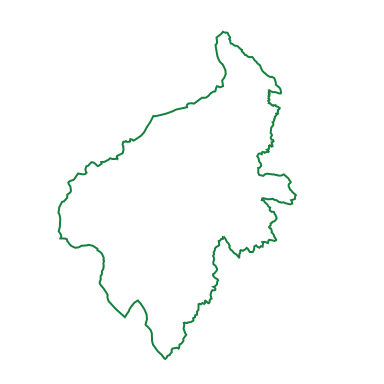 the district of Phonxay, Louangphrabang, Laos, rotated 313°
{"feature_id": "54806243B12835501655609", "entity_name": "Phonxay", "entity_type": "district", "adm_level": 2, "iso_a3": "LAO", "parent_name": "Laos", "parent_adm1": "Louangphrabang", "projection": "equal_earth", "projection_center": [102.787, 19.886], "detail": "fine", "context": "isolated", "style": "outline", "palette": "green", "viewbox_px": 384, "rotation_deg": 313, "n_neighbors": 0, "source": "geoboundaries", "source_scale": "gbopen_adm2", "svg_char_len": 6043}
<svg xmlns="http://www.w3.org/2000/svg" viewBox="0 0 384 384"><g transform="rotate(313 192 192)"><path d="M330.3,105.4L326.9,105.5L321.7,104.6L319.4,107.4L317.6,108.9L315.5,109.0L308.8,117.7L307.2,120.8L306.2,124.0L306.2,127.5L304.0,133.2L301.2,136.3L297.4,137.7L294.2,138.0L290.6,142.5L287.7,141.2L286.5,138.1L284.6,138.6L281.6,140.4L279.8,139.1L276.5,138.3L273.8,138.5L270.5,137.9L267.7,135.0L258.0,133.2L256.9,131.4L254.2,129.0L252.1,129.0L250.7,130.6L241.4,124.1L237.8,122.8L231.4,119.5L222.2,113.4L221.3,111.9L214.3,113.9L208.8,114.7L203.3,116.2L198.6,116.4L190.0,114.4L189.6,114.0L189.7,112.7L188.6,110.9L187.6,111.7L187.0,111.7L186.7,112.2L186.1,111.9L184.4,110.5L184.2,108.9L183.0,108.7L182.0,107.5L179.7,108.6L178.5,110.2L178.5,110.8L177.3,111.7L176.4,113.0L173.0,114.8L167.3,112.6L166.5,113.0L165.5,114.9L165.0,114.9L164.9,113.7L163.6,113.2L162.0,111.5L160.8,109.1L158.6,108.9L154.3,107.4L152.0,105.2L151.0,106.6L147.3,105.8L146.6,105.2L146.7,102.0L146.3,99.7L145.2,98.1L140.2,98.1L138.8,97.2L136.1,98.4L134.8,100.1L134.2,101.7L132.2,101.7L130.6,100.3L127.7,96.0L121.3,97.1L119.8,97.0L116.9,95.3L114.6,95.0L113.7,96.5L113.1,99.2L110.7,102.3L109.5,103.1L107.9,103.2L105.0,102.6L102.6,104.7L97.9,104.7L96.1,103.7L90.4,105.3L85.6,108.6L85.5,109.9L82.7,113.8L76.4,119.1L72.4,121.3L71.3,125.6L70.4,126.6L68.3,127.4L71.3,130.8L72.1,132.6L70.8,134.7L71.0,135.3L70.4,137.4L70.3,140.8L71.5,144.5L74.1,146.8L77.4,147.9L81.2,151.5L82.8,152.3L85.0,156.1L86.0,161.6L84.9,162.5L85.5,165.5L85.5,168.1L83.7,172.3L81.8,173.8L81.8,174.4L81.0,175.1L80.0,175.4L79.0,176.3L77.2,178.4L76.5,178.5L75.4,179.6L73.1,180.0L71.8,180.8L71.6,181.4L69.7,182.4L68.4,182.4L66.9,183.6L65.9,184.9L63.8,185.6L62.4,186.6L61.8,187.9L61.1,193.4L59.3,200.4L57.2,202.0L55.3,205.3L54.4,216.4L54.7,228.2L61.7,227.1L63.9,226.2L66.8,225.7L71.6,225.3L75.7,226.4L75.3,230.8L74.5,234.3L73.7,237.2L71.6,242.1L68.2,245.9L63.4,248.4L63.1,249.4L63.3,251.3L62.8,256.0L61.4,258.8L55.7,264.5L53.7,267.8L52.2,275.6L52.2,280.9L51.4,285.3L51.6,286.3L53.8,286.4L55.4,285.8L57.7,286.9L58.6,286.5L61.2,286.4L61.9,285.3L63.0,284.6L64.3,284.6L68.0,287.3L68.3,289.0L69.2,288.9L72.0,286.9L74.0,287.6L77.1,287.4L78.8,285.7L83.6,285.2L84.2,283.1L86.3,279.0L89.3,277.2L90.7,275.3L91.5,275.8L92.8,277.9L94.2,278.2L95.8,279.7L98.6,280.7L99.3,280.5L100.4,278.9L102.4,279.6L103.9,278.4L105.7,279.3L108.1,277.2L110.2,277.1L114.4,273.3L115.3,273.7L115.8,275.0L117.9,275.4L118.3,276.9L118.8,277.4L119.7,277.2L121.0,275.8L121.7,275.9L121.8,279.7L122.2,280.2L123.3,280.1L124.8,278.8L125.6,278.9L126.8,278.4L127.4,278.9L129.2,275.9L132.4,274.1L134.0,273.8L135.5,275.6L136.1,275.8L137.0,275.4L137.4,274.6L137.5,273.2L137.3,272.4L138.5,273.1L141.4,273.3L143.6,271.6L145.3,271.3L145.6,269.8L145.0,268.1L144.9,265.8L145.6,263.9L146.4,263.4L147.6,263.9L151.3,263.7L152.8,263.0L154.1,259.5L153.8,257.0L155.0,255.5L157.8,254.2L159.3,252.1L159.6,251.0L161.5,250.6L162.6,249.0L164.6,248.6L166.5,247.3L167.8,247.2L171.7,248.2L174.4,245.0L175.8,245.7L177.6,245.4L178.7,246.5L180.0,245.4L180.4,246.6L180.8,246.5L180.6,248.2L179.4,251.1L179.2,254.3L178.6,255.1L178.4,256.3L177.0,257.0L176.1,259.9L176.5,261.4L176.0,264.1L176.6,267.2L176.1,270.9L176.3,271.2L179.1,268.9L180.0,268.9L182.3,267.2L182.8,267.3L183.6,269.2L186.3,270.1L188.4,270.1L188.5,271.8L187.5,275.2L189.6,277.4L192.2,276.6L194.4,274.9L195.3,274.8L196.7,275.3L196.5,277.1L197.2,279.3L199.3,279.3L200.1,280.9L202.7,279.1L203.3,277.6L205.2,279.3L206.4,282.3L208.6,281.1L209.8,281.1L212.6,285.8L214.0,286.4L214.6,286.1L215.4,282.7L216.6,280.5L216.8,277.7L217.7,277.2L218.7,275.6L219.1,274.4L218.6,273.8L218.8,272.3L221.3,272.2L222.7,270.9L223.5,271.4L225.0,271.2L227.0,272.3L229.8,272.1L230.3,272.0L231.2,270.9L231.3,270.0L231.9,269.4L232.4,267.1L233.3,265.7L232.9,264.7L231.8,263.9L231.6,261.5L232.8,260.2L233.9,259.8L233.6,257.8L234.2,255.7L234.2,252.0L234.8,250.3L233.7,248.6L235.0,247.9L235.4,247.8L236.3,248.6L238.2,252.2L241.1,255.1L242.2,255.7L242.4,257.5L243.7,259.4L244.0,262.7L244.6,263.1L245.1,264.5L246.8,265.9L247.6,268.1L249.9,272.2L251.9,273.2L253.4,271.1L253.6,270.1L256.9,272.0L259.9,270.0L260.6,270.1L260.4,265.5L260.8,263.7L260.6,261.9L261.2,261.3L261.6,259.6L262.7,258.1L264.2,257.4L266.2,257.7L266.9,257.0L267.0,255.0L267.7,253.5L267.5,247.1L264.8,246.0L262.9,244.0L262.3,242.3L261.5,241.5L260.4,239.4L259.8,239.0L256.6,234.4L254.8,233.3L252.4,233.1L250.3,229.6L251.2,227.3L253.8,225.2L254.6,224.0L256.2,225.0L258.6,224.6L259.7,222.8L260.2,220.2L262.1,217.7L262.6,215.3L264.7,214.7L265.9,214.9L266.7,215.5L267.1,217.2L269.2,216.2L270.3,217.4L270.2,218.4L272.4,219.3L273.4,220.6L274.0,220.5L274.1,218.0L275.8,218.9L276.5,218.2L277.2,218.1L278.2,216.8L279.2,216.9L279.5,217.7L279.5,219.3L280.4,219.7L282.6,216.3L283.7,217.0L284.9,216.9L285.3,215.7L284.5,214.5L285.2,212.7L286.2,212.1L287.9,211.9L288.6,210.8L288.7,209.6L289.0,209.1L293.2,206.0L296.3,205.8L297.7,204.6L297.9,203.4L299.1,203.6L300.6,203.1L301.2,202.4L302.1,202.5L303.4,201.3L305.7,201.3L306.3,201.2L306.7,200.2L308.0,201.4L308.9,200.1L309.8,199.8L310.4,198.9L311.8,199.3L313.2,199.0L312.9,196.8L312.0,194.8L312.5,193.8L311.1,192.9L310.9,192.3L310.4,192.5L309.9,190.6L310.1,189.0L309.6,187.9L310.2,188.0L310.4,186.1L310.9,185.4L312.2,185.8L312.6,185.3L312.7,184.0L313.4,183.9L314.1,182.8L314.8,183.0L315.0,182.4L315.7,182.5L316.0,181.7L316.6,181.8L316.6,181.1L317.1,181.1L317.3,180.2L317.7,180.2L318.7,178.9L319.3,179.4L319.3,180.8L320.1,182.9L322.0,185.0L323.4,188.3L324.1,189.2L324.7,189.7L325.4,189.4L327.4,186.7L327.9,185.3L327.7,180.1L329.5,178.2L331.4,174.6L330.7,171.8L329.8,171.3L329.1,169.5L328.7,167.5L328.5,161.5L329.2,159.1L331.0,155.3L330.7,152.1L331.1,150.6L331.1,147.8L331.8,145.1L331.8,144.0L329.8,142.0L329.2,140.9L329.0,137.9L328.3,137.0L328.9,135.5L328.8,132.6L330.0,131.6L329.5,130.3L329.8,129.5L329.6,128.3L329.8,126.6L329.1,124.7L328.1,123.4L327.8,120.4L327.1,119.1L327.9,117.5L328.9,116.7L329.3,114.8L330.7,114.8L331.2,114.2L331.7,111.7L332.6,109.8L332.3,108.6L331.4,107.9L330.6,106.5L330.3,105.4Z" fill="none" stroke="#15803d" stroke-width="2"/></g></svg>